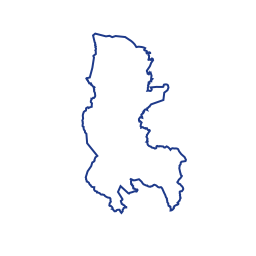 Namosi, Central, Fiji (Albers equal-area conic projection), rotated 223°
{"feature_id": "14151628B28251361437248", "entity_name": "Namosi", "entity_type": "district", "adm_level": 2, "iso_a3": "FJI", "parent_name": "Fiji", "parent_adm1": "Central", "projection": "albers", "projection_center": [178.074, -18.067], "detail": "fine", "context": "isolated", "style": "outline", "palette": "blue", "viewbox_px": 256, "rotation_deg": 223, "n_neighbors": 0, "source": "geoboundaries", "source_scale": "gbopen_adm2", "svg_char_len": 5805}
<svg xmlns="http://www.w3.org/2000/svg" viewBox="0 0 256 256"><g transform="rotate(223 128 128)"><path d="M84.2,58.0L83.6,58.2L81.1,57.9L80.8,58.1L80.1,59.0L80.3,60.1L79.8,61.1L78.5,62.4L76.0,61.5L74.9,61.4L75.1,63.5L76.1,64.5L76.2,65.6L76.6,66.5L75.9,67.9L75.1,68.7L75.4,69.0L76.4,68.4L77.0,68.8L77.9,68.9L79.0,68.5L79.9,68.6L80.4,68.3L81.1,68.3L81.6,68.8L82.9,69.3L83.5,69.8L83.2,71.7L83.5,72.2L91.7,74.4L93.8,80.4L83.2,80.5L82.5,80.8L82.5,81.8L80.9,84.4L80.3,85.8L80.0,86.1L79.8,86.5L78.5,87.2L78.3,87.7L78.7,88.5L78.7,89.1L79.2,89.3L79.4,89.0L81.5,88.0L82.0,88.1L82.4,87.6L82.8,87.4L83.3,87.6L84.7,89.1L85.8,88.8L86.4,89.5L86.8,89.1L87.4,89.1L89.3,90.9L89.3,91.2L89.7,91.7L89.8,92.4L90.1,92.6L90.4,92.1L91.1,92.3L91.1,92.6L88.1,93.6L87.2,94.6L85.0,98.0L81.4,98.0L79.9,97.6L78.3,97.4L75.1,98.5L74.6,99.1L74.2,99.0L73.4,99.1L72.3,99.7L71.5,100.4L71.4,101.1L70.8,101.6L70.4,103.1L70.5,103.7L70.0,104.5L68.8,105.0L67.7,105.3L66.6,105.2L65.4,105.4L64.3,106.1L63.6,107.2L62.8,107.3L61.5,107.0L57.3,105.2L55.1,104.4L52.9,103.2L51.5,103.0L50.6,102.0L50.1,101.9L48.6,100.5L47.1,100.3L46.5,99.6L45.3,98.8L44.5,99.0L44.3,99.3L43.6,99.4L43.2,99.3L43.0,98.8L41.8,98.3L40.6,96.7L40.0,97.5L39.7,98.6L39.7,100.5L40.5,101.1L40.4,101.7L40.8,102.2L40.8,102.6L40.0,105.1L39.6,105.4L39.3,106.5L39.7,107.1L40.8,107.2L40.7,108.3L40.9,109.2L40.7,110.1L41.5,111.5L41.7,112.6L41.9,112.8L42.5,112.8L43.2,113.7L43.9,113.9L44.5,114.9L45.4,115.3L46.3,116.3L46.6,116.5L46.7,116.8L46.5,117.4L45.5,118.5L45.7,120.5L46.1,121.2L47.3,121.9L48.6,122.2L50.6,122.2L51.3,122.5L52.2,122.3L52.7,121.9L54.8,121.9L55.1,122.4L55.1,123.2L55.6,124.9L55.4,127.1L55.7,128.1L55.7,129.2L56.0,129.7L57.2,129.7L57.9,130.0L58.6,130.7L59.1,130.8L63.1,133.6L64.0,135.1L64.6,135.5L64.8,137.4L65.7,138.5L65.9,139.8L63.4,143.0L63.9,144.2L66.7,145.3L71.3,145.2L74.7,145.8L76.9,146.7L77.8,146.5L79.0,145.8L79.8,144.9L81.8,143.4L82.2,142.1L82.1,141.0L83.6,141.3L85.7,141.3L87.2,140.9L87.6,138.9L88.3,138.4L89.6,138.5L92.5,136.3L92.7,135.6L94.2,135.0L94.6,134.4L94.6,133.9L93.8,133.0L93.7,132.7L93.8,132.0L94.5,131.2L95.3,131.1L97.4,129.9L98.6,130.0L98.8,129.8L99.2,129.7L100.2,129.2L101.9,129.2L103.0,129.7L103.6,130.4L104.4,130.7L104.9,130.5L104.7,131.8L105.6,131.9L105.8,132.1L106.1,133.1L106.6,133.6L107.7,133.8L108.6,134.2L108.8,135.3L109.5,135.9L109.5,137.1L109.7,137.6L110.1,140.8L110.5,141.1L111.0,141.1L111.7,140.2L112.5,140.2L114.0,140.7L114.5,139.7L115.1,139.9L115.8,139.0L117.8,138.7L118.6,137.2L119.2,137.9L120.0,137.9L121.2,139.6L121.8,141.3L123.7,141.3L124.0,140.5L125.0,140.9L126.1,142.0L126.4,143.8L126.4,144.3L124.5,145.2L125.4,145.9L126.7,146.3L127.3,146.8L127.3,147.9L127.0,148.5L127.0,149.3L127.8,149.7L127.3,150.8L127.6,151.3L128.1,151.4L128.1,153.0L128.0,153.4L127.7,153.8L126.6,154.2L126.9,154.3L126.9,154.9L127.4,155.6L127.2,155.8L127.1,156.3L127.2,157.6L126.8,158.5L127.1,158.9L127.2,161.1L121.2,172.6L125.6,178.6L124.9,182.5L125.9,185.1L127.8,186.4L128.6,186.5L129.4,186.2L130.3,185.5L131.2,184.4L131.2,184.0L130.3,182.2L130.9,181.4L135.2,177.5L139.0,173.2L137.2,172.6L136.8,172.2L136.6,170.9L137.0,170.2L138.3,169.5L139.2,168.5L139.5,169.4L141.2,171.3L141.3,171.9L141.9,172.6L142.4,172.8L142.5,173.3L143.1,174.0L143.0,174.9L142.7,174.8L142.7,175.1L143.4,175.2L143.3,175.5L143.5,175.9L143.7,175.4L144.0,175.6L143.7,176.3L143.8,176.6L143.4,177.3L143.5,177.8L142.9,178.1L143.3,178.6L143.6,178.6L144.2,179.2L144.1,179.4L143.6,179.6L143.6,180.5L144.8,180.0L145.7,181.1L146.3,182.2L149.2,183.9L149.3,182.7L150.1,183.0L149.5,181.4L150.7,181.1L151.7,181.9L152.6,182.2L153.3,182.8L154.1,188.1L155.5,191.5L155.9,194.7L157.0,195.4L157.9,195.2L157.9,194.9L157.5,194.4L157.8,194.0L157.7,193.5L158.1,193.1L158.7,193.2L158.8,192.7L159.1,192.5L159.5,191.9L159.8,192.1L159.6,192.5L160.0,193.2L160.8,193.9L161.5,194.9L161.9,195.2L162.8,195.3L163.2,195.7L163.5,196.6L163.5,197.1L162.9,197.9L163.1,198.1L163.7,198.1L164.2,197.8L165.3,195.4L165.8,195.6L165.9,196.3L166.5,197.0L166.9,197.0L168.6,196.2L169.2,196.1L169.5,196.2L169.9,198.1L171.4,197.6L173.2,196.6L175.6,194.8L177.1,192.9L180.1,193.7L182.7,193.9L185.0,193.8L192.1,192.6L199.8,186.8L201.5,183.7L204.4,182.8L206.6,180.0L216.3,174.7L216.7,171.9L210.9,168.0L210.0,167.8L209.5,167.2L208.8,166.9L208.7,166.2L208.2,165.8L207.9,165.7L207.2,165.8L206.8,164.7L205.8,164.4L205.4,164.0L204.9,163.2L204.9,162.6L204.2,162.4L202.0,160.2L202.5,157.2L202.1,156.8L201.0,156.4L195.1,147.7L190.4,138.9L191.7,136.9L191.9,136.3L193.0,135.8L192.3,135.8L190.5,135.3L190.2,135.5L189.8,135.5L189.1,134.9L187.7,134.7L186.9,134.2L186.2,134.7L185.7,135.4L185.4,135.4L185.3,135.1L185.6,134.7L184.8,134.4L184.1,134.7L183.7,134.6L183.3,134.8L181.8,134.4L181.2,134.6L180.9,134.9L180.2,134.9L180.0,133.7L179.6,133.3L178.7,132.9L178.7,132.6L177.8,131.7L176.3,131.2L174.1,129.4L173.5,128.5L173.4,126.7L174.1,126.3L174.2,124.8L174.3,124.6L174.7,124.4L173.9,123.4L173.7,122.6L173.0,121.7L172.6,121.5L171.7,121.6L170.9,121.2L170.4,120.3L169.0,118.8L170.0,117.1L170.5,115.7L171.5,115.8L172.1,114.3L172.0,113.7L171.1,112.8L170.7,112.0L171.1,111.1L171.3,109.6L170.2,107.2L169.4,106.1L167.3,104.3L166.4,102.2L165.2,101.6L164.9,101.1L164.2,100.7L163.3,99.3L162.5,98.4L162.1,98.3L161.3,98.6L159.8,97.1L158.9,96.7L157.6,96.5L156.4,95.5L154.5,95.4L147.5,89.0L131.4,86.7L131.8,84.3L130.7,81.6L130.3,81.5L130.1,81.1L130.1,80.0L130.6,78.4L128.9,75.0L128.0,68.8L125.2,63.0L124.4,62.7L123.5,61.7L122.5,61.5L121.7,60.7L120.4,61.2L119.3,61.3L117.7,60.6L116.9,60.5L116.4,60.7L114.7,60.2L113.0,61.0L112.3,61.7L111.0,60.0L110.2,59.6L109.1,59.5L107.3,60.3L106.7,59.7L105.8,60.4L104.3,61.0L102.6,60.9L102.0,61.2L101.2,62.1L100.9,62.1L99.8,62.8L98.1,62.6L97.3,62.8L95.5,63.3L93.7,64.5L92.6,64.3L91.1,62.8L90.3,62.4L90.1,60.5L88.8,58.6L88.2,58.6L87.4,59.3L85.7,59.3L84.5,58.9L84.1,58.3L84.2,58.0Z" fill="none" stroke="#1e3a8a" stroke-width="2"/></g></svg>